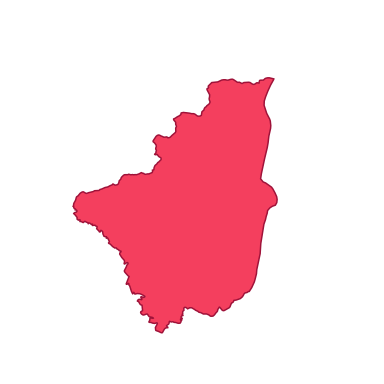 Botene, Xaignabouri, Laos (Mercator projection), rotated 29°
{"feature_id": "54806243B51451438930517", "entity_name": "Botene", "entity_type": "district", "adm_level": 2, "iso_a3": "LAO", "parent_name": "Laos", "parent_adm1": "Xaignabouri", "projection": "mercator", "projection_center": [101.063, 17.709], "detail": "fine", "context": "isolated", "style": "filled", "palette": "rose", "viewbox_px": 384, "rotation_deg": 29, "n_neighbors": 0, "source": "geoboundaries", "source_scale": "gbopen_adm2", "svg_char_len": 6065}
<svg xmlns="http://www.w3.org/2000/svg" viewBox="0 0 384 384"><g transform="rotate(29 192 192)"><path d="M290.3,251.2L290.6,246.6L290.1,240.4L289.4,237.4L288.0,232.2L286.3,228.5L281.5,212.9L277.1,203.6L270.5,185.3L269.7,180.7L268.7,177.3L268.1,174.2L267.1,171.6L267.8,168.1L269.2,165.5L271.3,163.1L271.3,160.2L270.1,157.3L268.4,155.1L265.1,152.6L261.2,150.1L259.2,149.2L252.1,148.4L249.3,148.7L245.6,147.2L243.8,142.3L239.4,127.9L236.3,116.7L234.7,112.1L232.1,105.8L229.9,98.3L228.7,95.7L226.1,92.0L224.6,90.6L219.2,87.0L213.0,81.2L211.1,77.4L210.2,73.0L209.4,67.0L208.9,60.4L208.9,54.0L208.7,53.4L204.4,54.6L202.9,55.4L201.6,56.5L200.9,57.4L200.3,59.3L199.9,59.7L197.4,61.2L197.1,61.8L197.3,62.8L197.8,64.1L197.3,64.4L196.2,64.8L195.5,65.3L194.9,66.7L194.1,67.8L193.2,68.2L192.4,68.3L189.6,68.1L188.4,68.5L184.3,71.1L183.3,72.7L182.9,72.9L180.2,73.0L178.9,73.9L178.3,74.0L173.9,73.6L172.8,73.7L172.2,74.0L170.9,75.0L169.4,76.6L168.6,77.1L166.7,77.7L165.2,78.5L163.7,79.7L161.2,83.2L156.2,86.7L154.9,91.3L155.0,91.7L155.9,92.7L155.9,93.0L155.1,94.3L155.3,94.9L155.6,95.3L160.3,98.4L161.4,100.7L161.5,101.6L161.9,102.2L162.4,103.0L164.0,104.3L164.3,105.0L164.3,106.4L164.1,107.2L163.1,109.5L163.1,110.4L162.5,111.5L162.3,112.4L162.4,113.7L162.7,114.3L161.8,117.0L163.0,120.4L162.5,121.3L161.8,122.0L160.4,122.8L159.6,122.9L157.2,122.5L155.9,122.6L155.0,122.9L153.9,123.6L151.5,124.3L145.9,126.6L144.3,128.0L144.2,128.3L144.7,129.8L143.7,131.9L142.7,133.3L141.5,135.7L140.5,137.0L140.6,137.3L141.4,138.0L143.4,138.7L143.9,139.0L145.0,140.8L146.3,141.8L146.7,142.4L146.7,143.7L146.9,144.3L148.5,146.9L148.6,148.0L147.0,152.3L146.4,154.6L145.5,155.7L144.3,156.3L143.3,156.0L140.9,157.7L139.0,157.8L137.8,158.0L136.2,158.0L135.2,158.3L134.2,159.3L133.6,160.8L133.2,165.9L133.3,166.4L133.7,166.9L135.4,167.2L137.8,168.3L138.7,169.5L139.0,171.1L139.4,172.0L140.7,172.9L141.0,174.3L141.4,175.1L141.5,175.5L141.1,176.5L141.2,177.2L141.8,177.2L143.5,176.1L145.6,177.1L148.0,177.2L148.5,177.4L149.1,178.3L149.2,178.9L148.6,180.9L148.3,182.0L147.8,182.8L147.6,184.7L146.8,186.7L147.0,188.9L147.8,191.0L147.7,191.2L146.8,192.1L147.6,193.2L147.7,194.3L146.2,196.2L145.5,197.2L144.8,197.4L142.7,199.1L141.6,199.4L140.7,199.1L139.8,199.6L138.7,199.5L138.2,199.7L137.0,201.7L135.2,203.7L134.0,204.3L132.3,205.4L131.5,205.6L130.2,206.6L128.1,207.1L127.4,208.0L124.6,209.6L124.0,210.5L123.2,213.2L123.2,214.1L123.5,215.2L122.9,217.5L123.4,219.0L123.6,220.6L123.5,221.1L123.0,222.0L121.7,223.1L121.2,223.3L119.0,223.3L118.6,224.6L117.2,226.3L116.4,227.6L115.8,228.5L113.8,230.2L111.4,233.4L110.3,234.4L110.1,235.3L109.8,235.8L106.2,238.1L105.3,239.6L101.9,242.7L100.7,244.1L100.3,244.4L99.6,244.6L97.1,244.5L96.6,244.7L96.0,245.2L95.5,245.9L94.8,247.3L94.2,250.6L93.5,252.0L93.4,252.6L94.1,255.4L94.2,257.2L94.1,258.2L94.3,259.8L95.0,261.3L94.9,262.1L95.7,262.2L95.9,262.7L96.8,263.4L97.2,263.6L98.2,263.4L98.6,264.3L99.7,263.8L100.2,264.0L100.7,264.6L100.6,265.6L99.5,266.8L99.0,267.8L99.0,268.2L101.2,268.8L103.9,270.0L104.6,271.4L106.1,271.7L106.4,271.6L106.7,271.0L107.4,270.8L107.8,270.8L108.1,271.9L108.4,272.1L109.3,271.6L111.6,271.5L112.0,270.8L112.3,269.8L112.8,269.5L113.9,269.6L115.7,269.4L116.5,269.9L116.6,269.2L117.7,268.8L119.6,269.1L120.5,268.5L120.9,269.4L121.2,269.5L123.2,268.1L124.0,268.4L125.6,268.2L126.0,268.6L126.4,270.3L129.9,271.4L130.2,271.7L130.7,271.7L131.1,271.2L130.9,270.1L131.0,269.7L132.4,269.8L132.9,269.9L134.5,271.9L136.5,273.4L138.0,273.1L138.8,272.6L139.1,272.8L139.4,273.8L139.7,273.8L140.2,273.2L140.6,273.2L143.5,275.2L143.8,275.5L143.7,277.0L144.1,277.3L145.8,277.2L149.0,278.2L151.7,278.4L152.7,277.7L153.2,277.7L153.9,278.2L155.9,278.1L156.7,278.6L157.1,278.6L158.5,278.2L158.9,278.7L158.5,280.0L158.5,280.6L158.9,281.4L162.3,283.3L165.9,284.6L166.7,285.5L167.4,287.6L167.8,287.7L168.1,287.5L169.1,285.6L169.6,285.1L170.1,285.0L170.7,285.4L170.8,286.4L170.5,287.6L170.8,289.2L171.0,293.6L171.2,294.0L172.0,294.6L173.8,295.3L176.8,296.3L177.9,296.4L179.0,304.2L179.2,304.4L179.4,304.5L179.9,304.2L180.7,302.8L181.1,302.8L181.8,303.8L183.1,304.4L187.0,308.1L188.9,309.5L189.5,309.7L189.8,308.1L190.4,308.3L191.1,308.8L191.6,308.9L193.4,307.3L195.9,306.2L198.1,306.0L200.6,306.0L201.3,306.1L201.5,306.5L201.4,306.9L200.9,307.6L198.6,308.1L198.3,308.3L198.2,308.6L198.5,309.1L199.7,309.5L200.0,309.8L200.2,310.4L200.1,310.6L198.5,311.1L197.6,311.7L197.2,312.2L197.0,313.5L197.2,313.9L198.5,313.8L200.6,315.1L201.5,315.5L203.2,315.3L206.1,319.4L206.0,320.3L205.3,321.4L205.5,322.3L206.1,322.8L207.1,323.2L208.7,323.3L209.5,322.9L211.4,320.8L212.0,320.5L212.6,320.6L213.7,321.3L215.2,321.8L218.1,320.9L219.0,320.9L219.3,321.1L219.1,321.4L216.8,322.3L216.5,322.9L217.2,324.7L217.3,326.5L217.6,326.7L218.1,326.6L219.3,326.0L221.0,325.8L223.0,325.1L224.5,323.6L225.1,323.5L225.6,324.1L225.7,328.3L227.1,330.3L227.5,330.6L227.9,330.6L230.2,330.2L233.3,330.0L234.0,329.7L234.3,329.3L234.3,325.6L234.5,324.5L235.1,323.5L236.6,322.4L236.4,322.0L235.0,321.7L234.6,321.3L235.0,320.0L235.6,319.0L235.6,318.2L235.0,316.3L235.1,316.0L236.9,315.7L238.2,314.7L239.5,314.7L241.1,314.0L242.9,313.7L244.2,313.2L245.2,312.4L245.3,311.4L245.0,309.8L245.1,309.0L244.6,308.8L244.0,309.3L243.6,308.8L243.7,308.4L244.8,307.8L244.8,307.5L244.5,307.2L243.3,307.0L243.0,306.6L243.1,305.3L243.9,304.5L243.9,304.2L243.6,304.0L243.0,304.1L242.7,303.7L242.8,302.7L242.0,301.5L241.8,300.9L242.3,299.4L241.2,297.7L241.3,296.7L242.1,296.1L243.1,295.9L244.8,296.3L245.8,294.9L246.0,294.4L247.9,293.4L251.3,293.5L252.5,293.7L254.9,293.5L256.3,293.8L258.4,293.2L261.0,293.2L263.9,291.6L265.2,291.5L266.0,291.2L266.9,291.5L268.2,291.6L268.8,291.5L270.5,290.4L271.2,288.6L271.6,285.6L271.9,284.9L272.0,283.5L271.5,282.6L271.7,279.5L272.4,279.4L275.5,280.7L276.8,280.7L277.7,280.0L280.7,275.1L280.9,274.0L280.5,271.2L280.5,269.9L281.0,269.2L281.4,268.2L281.3,266.9L281.2,266.5L283.0,265.1L285.8,262.0L286.2,261.2L286.5,260.1L286.9,259.3L287.0,257.2L286.9,256.0L287.1,255.1L287.5,254.4L288.8,253.3L289.6,251.7L290.3,251.2Z" fill="#f43f5e" stroke="#9f1239" stroke-width="1.5"/></g></svg>